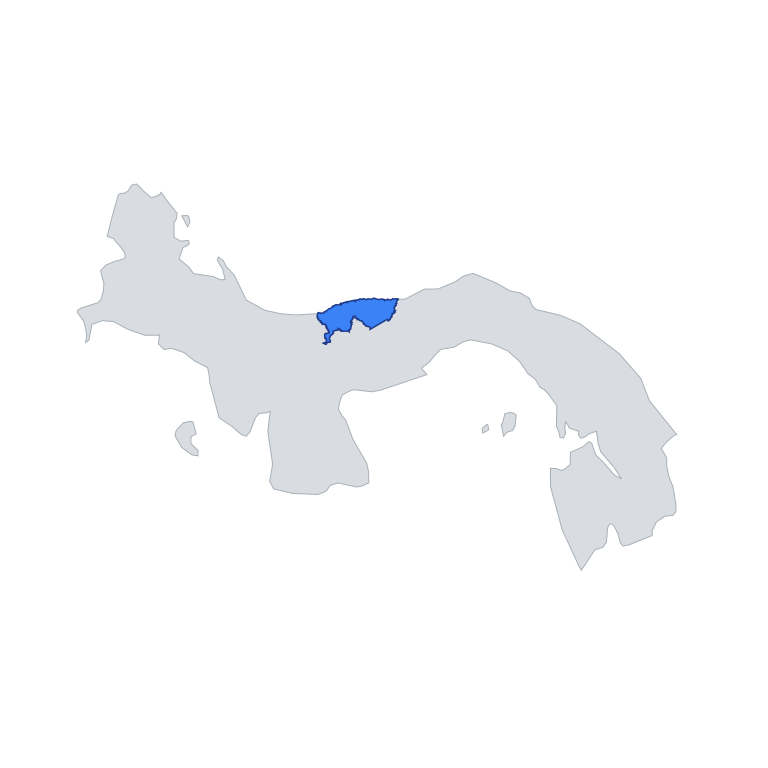 location of Donoso, Colón, Panama, rotated 15°
{"feature_id": "35544464B61389009226289", "entity_name": "Donoso", "entity_type": "district", "adm_level": 2, "iso_a3": "PAN", "parent_name": "Panama", "parent_adm1": "Colón", "projection": "mercator", "projection_center": [-80.539, 8.91], "detail": "fine", "context": "in_parent", "style": "filled", "palette": "blue", "viewbox_px": 768, "rotation_deg": 15, "n_neighbors": 0, "source": "geoboundaries", "source_scale": "gbopen_adm2", "svg_char_len": 8968}
<svg xmlns="http://www.w3.org/2000/svg" viewBox="0 0 768 768"><g transform="rotate(15 384 384)"><path d="M679.8,357.0L677.7,358.4L671.8,367.1L668.5,374.4L676.2,382.2L678.5,390.5L682.9,399.4L689.7,408.4L697.3,425.1L699.0,431.8L696.9,436.2L689.6,438.9L682.9,446.7L681.0,456.2L682.3,460.9L662.1,476.1L656.8,478.7L653.4,476.3L649.1,468.7L643.9,462.5L641.1,460.4L639.5,460.3L637.9,461.7L637.2,465.0L639.8,479.3L637.6,485.1L630.7,489.6L622.8,512.9L619.8,509.9L593.8,478.6L571.3,439.8L566.6,422.2L572.4,421.1L578.1,421.5L581.1,418.8L584.6,413.7L581.8,401.8L592.7,392.8L596.8,386.7L599.9,387.4L607.0,397.8L617.4,403.7L630.1,412.3L638.0,414.3L628.1,405.2L610.8,393.3L606.0,385.5L601.4,374.6L594.7,379.3L591.6,383.3L588.1,385.5L585.0,382.8L584.5,379.3L574.3,378.6L571.7,375.4L569.0,373.6L570.3,380.4L572.3,384.6L571.2,389.7L567.9,390.1L565.1,384.8L561.4,380.1L556.6,360.2L545.1,350.9L539.8,347.8L535.4,346.6L529.0,340.3L520.5,336.9L509.0,327.0L494.8,319.9L477.5,317.4L456.4,318.9L449.3,322.9L444.5,327.9L442.3,330.2L429.8,335.9L425.1,344.2L422.2,351.1L416.0,359.0L423.0,363.8L382.5,390.7L374.4,394.6L356.2,397.3L352.0,400.2L346.5,405.5L345.7,413.6L346.6,420.4L351.9,425.7L356.6,429.1L367.9,445.0L387.9,465.2L391.7,472.5L394.9,483.4L388.8,488.5L384.1,490.6L365.0,491.5L358.4,495.8L355.8,502.5L348.6,507.9L324.0,513.3L304.7,513.9L298.7,507.6L297.2,490.2L284.2,460.4L281.1,439.8L277.9,442.3L271.0,444.7L268.6,449.8L266.9,465.0L264.3,470.2L259.0,469.7L248.1,464.3L233.5,459.3L215.0,427.1L213.0,421.1L209.4,413.8L195.1,410.8L182.8,405.4L169.5,404.5L162.7,407.6L155.7,403.7L154.5,394.9L140.5,398.8L122.6,397.5L106.5,393.7L95.6,395.7L86.4,402.0L87.6,418.0L84.9,421.1L84.5,414.6L81.3,407.1L77.5,400.8L69.4,394.3L69.0,392.0L72.2,388.7L86.9,379.3L88.7,375.4L88.9,367.3L87.5,359.5L80.9,348.0L84.7,340.9L92.2,335.2L100.0,330.7L101.3,328.8L99.9,324.9L95.4,320.7L84.7,313.5L78.4,313.0L78.1,292.4L78.4,270.4L80.0,268.2L83.9,266.9L87.0,263.6L88.8,257.1L93.4,254.8L101.8,259.8L110.4,264.2L113.9,262.7L116.6,260.6L118.5,258.5L119.1,256.5L125.9,262.3L139.9,272.7L140.7,277.8L139.4,282.7L143.3,296.7L150.5,298.7L157.8,296.0L159.6,298.6L158.3,301.2L154.5,304.1L153.6,316.1L165.6,321.8L171.5,326.7L191.4,324.4L198.7,325.7L203.7,324.3L198.2,314.6L190.8,307.4L191.4,304.2L197.0,306.6L201.3,311.5L211.1,317.5L229.1,338.5L249.7,343.6L266.0,342.9L281.2,340.1L305.4,331.9L323.0,317.2L337.0,310.6L382.3,296.6L398.4,282.0L405.2,280.0L411.7,278.2L426.0,267.1L433.6,258.5L441.7,254.1L465.7,257.3L481.3,261.4L492.0,260.8L502.3,263.7L506.8,270.0L511.5,272.7L536.9,272.0L557.7,275.1L603.2,293.7L630.5,312.1L644.9,331.7L679.8,357.0ZM222.8,501.6L216.9,502.2L204.8,497.5L195.9,488.5L195.2,485.5L195.4,482.5L200.3,473.3L206.7,470.1L209.3,470.2L215.5,480.8L211.2,484.9L212.9,491.5L221.7,496.4L222.8,501.6ZM515.1,398.9L513.0,403.5L507.9,393.2L508.7,390.6L508.4,381.3L513.2,378.8L516.7,378.6L519.7,379.9L521.5,390.9L520.0,395.8L515.1,398.9ZM154.7,277.9L153.6,283.0L145.2,273.8L150.2,272.3L151.9,272.5L154.7,277.9ZM497.0,401.1L492.2,405.9L490.3,401.4L493.7,396.6L494.9,396.6L497.0,401.1Z" fill="#d9dde1" stroke="#a8b0b8" stroke-width="1"/><path d="M350.6,331.8L351.0,332.3L351.5,332.2L351.7,332.7L352.4,332.6L353.0,332.7L353.3,332.5L353.8,332.7L354.1,332.5L354.8,332.5L355.4,332.8L355.8,333.5L356.4,333.7L356.5,334.8L359.5,331.7L370.2,320.9L370.8,320.7L371.1,321.4L371.4,321.4L371.5,321.8L371.7,321.7L371.9,321.9L372.2,321.7L372.5,321.1L372.5,320.5L372.6,320.3L372.9,320.4L373.1,320.1L373.1,319.6L373.3,319.5L373.2,319.1L373.4,318.9L373.4,318.2L373.7,318.0L373.7,317.7L374.0,317.4L373.7,317.3L373.7,316.9L374.0,316.7L373.9,316.5L373.7,316.5L373.8,316.3L373.7,316.2L374.1,315.9L374.0,315.3L373.8,315.0L374.0,314.8L373.8,314.5L374.1,314.1L374.0,313.9L374.4,313.9L374.5,313.4L374.9,313.4L375.2,313.1L375.2,312.9L375.5,312.8L375.4,312.6L375.6,312.6L375.8,312.2L375.6,312.0L375.9,311.8L375.6,311.4L375.9,311.3L375.8,311.2L375.3,311.2L375.1,311.0L375.9,310.3L375.2,310.1L375.1,309.9L374.9,310.0L375.1,309.4L374.7,308.7L374.7,308.4L374.1,307.9L374.0,307.2L374.0,306.9L374.8,306.1L374.4,305.4L375.4,304.8L374.7,303.7L375.4,303.1L374.6,302.7L374.9,302.0L374.8,301.2L375.0,300.8L375.0,300.4L375.5,299.6L375.8,298.3L374.8,298.2L374.3,298.4L374.3,298.7L373.7,298.9L372.9,298.8L372.3,299.1L371.6,299.2L371.1,299.5L370.3,299.4L369.5,300.7L368.6,301.1L367.3,301.1L366.9,301.3L365.4,301.2L365.2,301.3L365.3,301.5L365.1,301.9L364.2,302.5L363.0,302.6L362.6,304.1L362.8,302.7L363.0,302.5L362.4,302.3L361.3,302.3L359.3,302.6L358.7,303.1L357.7,303.4L357.3,303.8L354.5,303.9L352.6,303.7L352.6,303.8L352.6,304.0L352.6,303.8L351.7,303.9L351.3,304.1L351.1,304.3L351.1,304.6L350.6,304.9L350.3,305.2L348.7,305.6L349.0,305.5L349.5,305.6L349.8,305.8L349.7,306.0L349.8,305.8L349.5,305.6L349.0,305.6L348.2,305.8L347.2,305.7L346.2,306.1L346.1,306.6L345.0,306.9L345.1,307.2L344.9,307.4L345.1,307.2L342.7,306.8L342.1,307.0L341.3,307.4L341.0,307.7L339.9,308.0L339.3,308.0L338.9,308.2L338.7,308.1L338.5,308.3L338.7,308.7L338.5,308.9L336.8,309.4L336.6,309.9L335.2,310.2L335.2,310.7L334.2,311.1L334.3,311.4L334.7,311.6L334.7,311.8L334.2,311.5L334.1,310.8L333.3,310.9L333.0,311.3L331.6,311.7L331.1,312.3L330.2,312.5L329.9,313.0L328.3,313.5L328.3,313.9L328.7,314.0L328.4,314.0L328.2,313.7L327.2,313.9L326.3,314.5L326.5,314.7L326.1,314.6L325.3,315.0L324.8,315.6L323.8,316.0L323.6,316.4L323.7,316.6L323.1,316.8L322.4,316.9L322.5,317.4L322.3,318.9L322.4,319.4L322.2,318.9L322.3,317.3L322.4,317.1L322.2,317.1L321.0,317.4L320.8,318.0L320.8,318.8L320.1,319.3L319.7,319.5L317.8,319.7L317.8,320.1L317.7,319.8L317.1,319.8L317.0,320.1L316.6,320.2L316.3,320.6L315.9,320.8L315.6,321.2L314.5,322.0L314.4,322.1L314.6,322.2L314.1,322.3L313.8,323.2L313.9,323.6L313.3,324.4L313.0,324.8L313.0,325.1L312.9,324.8L312.0,325.2L311.2,325.7L309.7,328.2L308.9,328.6L308.7,329.3L307.4,330.0L307.1,331.1L306.4,331.4L305.9,331.5L305.5,331.8L304.3,331.9L304.4,332.1L304.2,332.4L304.3,332.0L303.7,332.1L302.4,332.0L301.9,332.1L301.8,332.4L302.1,332.7L301.8,333.2L301.8,334.6L301.5,335.3L302.7,336.4L302.3,337.0L302.7,337.4L303.0,338.0L304.0,338.2L304.0,338.8L304.8,339.0L304.8,339.4L305.0,339.5L305.3,339.4L305.7,339.6L306.0,339.3L306.3,339.3L306.4,339.5L306.9,339.7L306.8,339.8L306.3,339.8L306.2,339.9L306.5,340.2L306.4,340.6L306.8,340.9L307.1,340.8L307.3,341.0L307.7,340.9L307.8,341.3L308.2,341.7L308.9,341.4L308.9,341.7L309.3,341.9L309.3,342.3L310.1,342.0L311.2,341.8L311.9,342.0L312.1,341.7L312.4,342.3L312.8,342.3L312.8,342.5L313.3,342.7L313.3,343.1L313.0,343.5L313.3,344.0L313.5,343.7L313.8,343.7L314.0,344.3L314.4,344.3L314.4,345.1L314.8,345.0L314.7,345.3L315.1,345.5L315.2,345.9L315.7,345.8L315.9,346.0L315.8,346.3L316.2,346.4L316.3,347.0L316.5,347.2L316.8,347.1L316.9,347.5L316.7,347.8L316.8,347.9L317.1,348.0L317.3,347.9L317.3,348.4L317.5,348.7L317.3,348.9L317.7,348.9L317.7,349.1L317.2,349.5L316.5,349.6L315.9,349.9L315.1,350.0L314.9,350.5L314.7,350.5L314.5,350.3L314.2,350.6L314.3,351.0L313.9,351.5L314.3,353.1L314.7,353.9L315.1,354.2L315.0,354.4L315.0,355.1L315.2,355.3L315.9,355.0L316.0,355.3L316.4,355.2L316.5,355.7L316.9,355.9L317.1,356.7L317.1,357.0L317.3,358.3L317.1,358.7L316.8,359.1L316.1,359.3L315.5,359.9L314.8,360.0L314.7,360.2L315.2,360.2L316.3,360.6L317.7,360.7L318.0,360.5L317.9,360.0L318.4,359.2L318.6,358.3L321.1,357.7L321.2,356.5L320.9,356.2L320.9,355.9L319.9,355.4L319.7,354.3L319.5,353.9L319.4,353.4L319.7,352.6L319.6,352.1L319.8,351.9L319.5,351.6L319.7,351.1L320.1,350.5L320.6,350.3L320.6,350.0L320.7,349.9L321.6,349.0L321.4,348.3L321.9,347.9L321.5,347.7L321.2,346.7L321.4,346.3L321.3,346.0L321.7,345.8L322.1,345.8L322.7,345.0L323.4,344.9L323.8,344.7L323.9,344.4L324.3,344.2L324.7,344.2L324.9,344.0L325.2,344.0L325.5,343.7L325.3,343.3L325.2,342.8L325.5,343.0L325.5,342.6L326.1,343.1L326.4,342.8L326.4,343.0L326.7,343.2L327.6,342.9L327.8,343.4L328.2,343.3L328.0,343.2L328.2,342.9L328.6,342.9L328.9,343.2L328.8,343.4L328.5,343.4L328.7,343.6L328.7,344.1L336.1,342.2L336.9,342.6L336.6,341.8L336.3,341.6L336.5,341.2L336.0,340.9L336.2,340.6L336.4,340.8L336.6,340.6L336.7,340.9L336.9,340.6L336.8,340.3L337.5,339.9L337.7,339.4L337.4,339.1L337.3,338.4L337.4,337.5L337.1,337.3L337.1,337.1L337.4,336.3L337.1,335.7L337.2,335.3L337.0,334.9L337.5,334.5L337.3,334.4L336.9,334.5L336.6,334.2L336.8,333.4L337.1,333.0L336.7,333.0L336.7,333.3L336.0,333.6L335.9,333.5L335.9,332.9L335.5,332.7L335.4,332.2L335.7,331.9L336.4,331.9L336.3,331.6L336.0,331.5L335.9,331.1L336.1,331.0L336.3,331.1L336.5,331.1L336.4,330.5L336.5,330.1L336.3,329.8L336.9,329.4L336.9,328.7L337.4,328.4L336.7,327.8L336.8,327.3L336.6,327.0L336.8,326.8L337.2,327.1L337.5,327.2L337.1,326.8L337.1,326.6L338.5,326.0L338.4,326.6L339.0,327.4L340.0,327.7L340.5,327.3L340.9,327.8L340.8,328.1L341.2,328.3L341.5,327.9L341.7,328.2L341.7,328.6L342.1,328.4L342.3,328.0L343.8,329.0L344.2,329.0L345.0,328.9L345.8,329.0L346.1,329.3L346.6,328.9L347.0,329.4L347.9,329.9L348.3,330.5L348.7,330.6L348.5,330.9L349.2,331.2L349.2,331.6L349.6,331.6L350.2,331.9L350.6,331.8Z" fill="#3b82f6" stroke="#1e3a8a" stroke-width="1.5"/></g></svg>